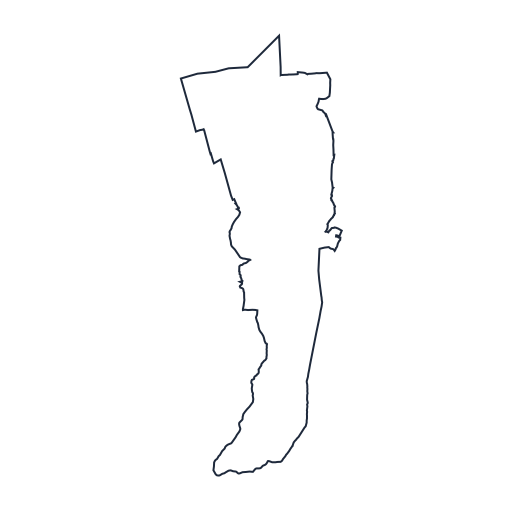 the district of Valea Seaca, Bacau, Romania, rotated 273°
{"feature_id": "2599482B95868275621614", "entity_name": "Valea Seaca", "entity_type": "district", "adm_level": 2, "iso_a3": "ROU", "parent_name": "Romania", "parent_adm1": "Bacau", "projection": "albers", "projection_center": [27.011, 46.251], "detail": "fine", "context": "isolated", "style": "outline", "palette": "slate", "viewbox_px": 512, "rotation_deg": 273, "n_neighbors": 0, "source": "geoboundaries", "source_scale": "gbopen_adm2", "svg_char_len": 6022}
<svg xmlns="http://www.w3.org/2000/svg" viewBox="0 0 512 512"><g transform="rotate(273 256 256)"><path d="M51.7,291.2L51.9,291.6L52.9,292.7L54.8,293.7L57.5,295.7L59.3,296.6L60.0,297.3L63.0,299.3L65.5,300.6L67.0,301.6L67.9,302.0L68.2,302.5L69.4,302.7L71.8,303.4L73.5,304.6L74.8,305.8L75.6,306.2L77.6,308.0L87.3,313.5L88.5,314.5L92.2,315.3L94.5,315.2L96.2,315.4L99.0,315.3L100.7,315.1L103.1,315.2L104.5,314.9L108.5,315.2L110.4,314.8L111.6,315.3L112.4,315.3L115.2,314.5L120.1,314.4L121.5,314.7L123.6,314.3L125.9,314.3L127.2,314.1L128.6,314.1L130.8,313.8L132.0,313.4L133.7,313.2L138.1,314.2L141.0,314.4L145.0,315.0L150.7,315.7L182.2,320.2L197.1,322.5L204.5,323.4L208.8,324.1L213.2,324.5L215.4,324.0L218.3,323.6L219.4,323.3L236.0,320.3L244.6,319.1L266.5,319.0L268.0,324.1L268.7,328.2L267.9,329.2L267.2,330.5L267.1,331.8L266.7,333.1L265.2,334.3L266.7,335.1L268.1,335.4L268.5,335.9L269.8,336.5L272.8,337.1L275.4,338.3L276.4,339.2L278.7,339.3L278.8,337.4L279.2,337.0L279.5,336.3L279.6,334.9L280.9,335.0L280.9,335.3L280.7,336.3L280.3,337.8L280.2,338.3L285.8,340.3L287.7,336.6L288.4,334.5L288.6,333.3L288.6,332.8L288.2,332.4L287.9,330.3L287.6,330.0L285.5,328.6L285.4,328.0L283.4,327.0L284.2,324.9L283.8,324.4L283.9,324.2L284.1,324.4L284.7,324.6L285.0,325.0L287.9,326.0L290.7,326.1L291.4,325.6L291.8,325.7L292.3,326.1L293.8,326.8L294.4,327.3L294.8,327.3L296.2,328.5L297.0,329.0L298.7,330.7L299.1,330.7L299.6,331.1L300.4,331.3L300.8,331.8L301.4,331.7L302.5,332.6L302.8,332.5L303.0,332.2L304.5,332.3L308.0,331.8L308.7,331.8L309.0,332.2L309.4,332.4L310.4,331.9L310.6,331.6L311.0,331.4L311.2,331.1L312.8,330.6L313.6,329.9L314.2,329.7L314.5,329.3L315.4,329.1L315.5,328.8L315.6,328.4L316.5,328.4L316.8,328.3L316.9,328.0L317.3,327.8L318.1,327.9L319.9,328.8L320.9,328.6L321.1,328.0L325.1,328.8L327.3,328.9L328.2,329.7L328.6,328.9L333.4,328.1L336.5,327.2L346.4,327.0L351.5,327.1L352.9,327.5L353.5,327.9L354.4,327.4L354.7,327.3L355.3,328.1L357.0,328.3L357.3,328.6L361.1,328.9L360.9,328.2L366.2,327.8L370.8,327.3L373.3,327.3L375.0,327.3L376.6,327.1L376.6,326.9L378.1,326.6L381.3,326.2L383.6,326.0L383.6,326.5L384.2,326.0L400.6,318.8L400.0,318.4L401.7,317.7L402.8,316.5L403.5,315.6L404.6,314.9L404.9,314.5L405.8,310.4L406.1,310.0L406.4,309.7L407.9,308.9L408.7,308.6L411.1,309.6L412.8,310.2L413.6,310.4L416.1,310.7L416.4,310.8L416.2,312.6L416.2,313.4L416.3,313.7L416.2,314.3L416.3,315.3L416.7,317.3L417.5,318.6L419.5,320.9L422.8,321.2L430.3,321.2L432.9,321.0L436.4,321.0L442.8,317.2L441.9,310.3L441.8,309.0L441.8,306.7L441.5,305.6L440.9,301.5L440.6,298.5L440.1,297.9L441.4,295.2L441.6,293.1L441.8,288.1L440.9,288.2L439.8,288.1L439.7,287.7L439.2,283.3L438.9,278.9L438.7,278.5L438.2,273.2L438.1,272.8L438.1,272.1L438.1,271.5L437.9,271.2L446.1,270.7L477.2,267.5L444.1,237.8L442.0,218.9L437.8,205.8L435.0,188.0L429.3,171.7L398.9,182.2L393.7,184.1L377.1,189.5L378.8,193.5L379.3,195.8L379.8,196.9L379.2,197.0L379.0,197.6L358.0,204.3L355.5,205.2L355.9,205.6L348.4,208.2L346.3,209.2L350.6,215.7L336.9,220.6L315.0,227.9L310.8,229.8L311.6,231.3L308.5,232.8L307.6,233.3L307.3,232.7L306.4,233.6L305.7,234.3L303.2,235.7L303.4,236.2L303.1,236.4L302.7,236.4L302.4,236.0L301.8,234.6L301.4,235.4L300.5,236.6L298.8,237.8L296.2,237.2L294.0,235.9L291.9,234.2L288.9,232.3L286.4,231.1L284.2,230.3L282.4,230.1L280.7,229.3L279.8,228.7L279.1,228.4L278.4,228.3L277.7,228.6L276.5,228.7L274.8,228.5L271.8,229.2L270.1,229.8L267.8,230.3L266.5,230.4L265.1,230.9L264.3,231.4L261.3,234.6L258.8,236.5L254.7,239.6L254.0,240.1L253.5,241.0L253.2,242.0L252.9,242.6L252.7,245.2L252.4,246.8L252.2,249.1L252.1,250.0L251.8,250.4L251.6,250.1L250.9,248.8L250.0,248.1L249.0,247.0L248.5,246.3L247.8,244.1L247.3,243.5L246.6,243.0L246.3,242.3L246.1,241.3L245.6,240.6L244.8,239.9L239.7,240.0L239.5,240.4L236.9,240.6L236.1,241.6L235.2,241.8L234.4,241.5L233.7,242.0L232.5,242.6L231.2,242.9L230.4,243.8L229.4,243.5L229.6,242.9L229.3,242.6L229.3,242.0L229.5,241.6L229.4,241.3L228.7,242.8L228.2,243.5L227.5,243.5L226.9,243.2L225.4,241.6L224.9,241.4L224.6,241.6L223.7,241.9L223.2,243.7L222.7,244.6L222.2,245.0L221.2,245.3L219.8,245.5L219.1,246.0L213.5,246.4L211.5,246.7L205.5,246.2L202.2,245.7L201.3,245.8L201.8,247.6L201.6,250.9L202.1,255.3L202.1,258.2L201.9,259.4L201.8,260.2L198.6,260.2L197.2,260.1L195.1,259.3L194.5,259.2L192.5,259.8L189.9,260.8L189.6,261.1L188.2,261.6L186.6,262.0L185.0,262.3L182.4,263.2L180.8,264.2L178.7,266.0L176.6,267.4L174.7,268.2L171.5,269.1L169.6,270.1L169.3,270.3L169.0,271.3L168.6,271.6L166.7,271.4L164.8,271.6L163.3,271.4L162.2,271.7L159.3,271.7L158.2,271.9L157.0,271.9L155.7,271.7L154.3,271.8L152.5,270.7L151.9,269.7L151.6,269.5L148.8,267.3L147.9,267.0L147.0,267.0L146.4,266.7L144.8,265.6L144.0,265.3L142.9,264.5L141.1,264.8L139.8,264.8L139.3,264.7L138.4,264.1L138.1,263.6L137.5,263.0L136.8,262.8L136.4,262.0L136.1,261.8L135.7,261.1L134.7,260.5L133.4,260.6L133.0,260.4L132.7,259.8L132.1,258.4L131.0,258.0L129.5,257.9L128.8,258.1L127.6,259.0L127.2,259.1L123.6,258.7L121.5,259.0L120.2,259.3L119.7,259.5L118.9,260.1L117.8,260.2L116.5,260.0L113.0,260.8L109.9,260.5L105.2,257.4L102.4,255.0L99.5,252.9L97.4,251.6L96.0,251.4L94.6,251.1L92.4,251.1L91.7,250.8L88.7,248.1L88.2,248.0L87.4,247.9L85.6,248.3L83.3,249.2L82.5,249.4L81.6,249.2L79.9,248.6L76.4,246.3L73.9,245.1L68.2,241.5L67.5,240.8L66.8,239.1L65.9,237.4L64.4,235.8L63.5,235.2L62.1,234.8L59.4,232.4L55.4,230.4L54.2,229.2L51.4,227.8L50.2,226.3L49.2,225.6L47.7,225.0L43.5,225.0L39.8,224.7L36.0,227.1L35.5,227.7L35.1,228.1L34.9,228.7L34.8,230.0L34.9,230.9L35.3,231.7L36.4,233.2L36.8,233.9L37.4,235.8L38.4,237.1L40.1,239.7L40.4,240.7L40.6,242.0L39.9,244.2L39.8,245.2L39.7,246.9L39.6,247.4L39.4,247.8L38.2,249.2L37.9,249.9L37.9,250.4L38.1,251.2L39.4,253.9L39.8,257.3L40.4,260.8L40.3,263.3L40.3,264.2L42.7,266.0L43.4,266.6L43.7,267.1L43.9,267.7L44.0,269.7L44.2,270.9L44.4,271.5L44.8,272.1L46.8,273.7L47.3,274.6L47.7,275.6L48.5,276.7L49.4,277.4L50.9,278.2L51.5,278.4L51.8,278.6L51.9,279.3L51.7,280.3L51.3,281.6L51.0,282.4L50.9,283.1L51.0,286.0L51.5,288.4L51.7,291.2Z" fill="none" stroke="#1e293b" stroke-width="2"/></g></svg>